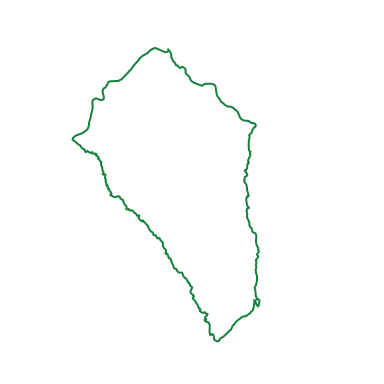 outline of Toledo, Antioquia, Colombia, rotated 335°
{"feature_id": "7082276B75943482080922", "entity_name": "Toledo", "entity_type": "district", "adm_level": 2, "iso_a3": "COL", "parent_name": "Colombia", "parent_adm1": "Antioquia", "projection": "robinson", "projection_center": [-75.717, 7.008], "detail": "fine", "context": "isolated", "style": "outline", "palette": "green", "viewbox_px": 384, "rotation_deg": 335, "n_neighbors": 0, "source": "geoboundaries", "source_scale": "gbopen_adm2", "svg_char_len": 6078}
<svg xmlns="http://www.w3.org/2000/svg" viewBox="0 0 384 384"><g transform="rotate(335 192 192)"><path d="M230.7,53.0L229.8,54.4L228.4,54.5L227.1,54.1L226.3,53.5L220.1,46.4L218.8,45.7L215.3,45.7L214.1,45.9L212.1,46.8L209.5,47.4L204.8,47.7L201.2,48.8L198.5,50.3L192.9,52.6L188.2,55.4L186.0,55.8L184.9,56.6L175.8,60.1L172.0,60.1L164.6,57.1L163.4,57.0L162.4,57.3L159.9,59.4L158.4,60.3L157.8,60.7L156.0,60.7L155.4,60.9L154.3,61.9L153.3,63.3L152.3,68.5L151.8,69.7L150.8,70.6L149.3,70.5L148.2,70.2L145.1,67.0L144.2,66.4L141.3,66.8L140.5,67.2L139.2,69.2L138.5,71.6L137.5,73.8L135.2,77.0L133.6,78.7L130.5,82.9L128.3,85.3L126.1,89.0L124.0,90.7L122.2,91.5L118.7,92.2L115.8,92.3L111.6,91.8L109.0,92.0L107.2,92.7L105.9,93.9L106.3,95.0L108.1,98.3L108.7,100.1L110.3,102.6L110.6,103.6L110.7,105.7L110.9,106.2L112.3,107.7L112.5,110.8L113.2,111.0L114.4,110.5L116.3,113.4L116.9,113.8L118.4,113.8L118.1,114.8L118.2,115.2L120.6,116.3L121.4,117.0L121.2,117.5L120.4,117.6L120.4,118.0L122.0,120.9L121.8,121.4L121.1,121.6L120.8,122.0L121.7,122.9L121.7,125.3L122.5,126.3L122.2,127.0L121.1,128.6L121.1,131.3L120.0,134.8L120.2,135.8L120.0,137.1L119.8,137.4L118.6,137.9L118.5,138.1L118.9,138.7L120.6,139.3L120.8,139.7L120.7,140.2L119.0,142.5L119.2,144.4L118.2,145.5L118.2,147.7L117.7,148.5L117.3,150.0L117.5,150.4L117.9,149.8L118.1,149.7L118.2,150.0L117.7,152.1L117.7,153.1L118.0,153.8L117.5,153.9L117.7,154.2L117.8,155.9L118.4,157.9L118.3,159.6L117.9,159.9L117.3,159.7L117.1,159.9L116.8,160.4L119.3,163.7L121.1,164.3L122.4,164.5L123.2,164.4L123.5,165.0L124.4,165.5L124.4,167.9L125.3,168.8L125.6,170.0L125.9,170.0L126.1,170.4L125.6,172.8L125.7,175.0L126.5,177.0L126.5,177.7L126.1,178.7L125.3,179.5L125.3,179.9L125.7,180.3L126.7,180.8L127.3,180.7L127.6,181.0L127.5,182.1L127.7,182.3L128.7,182.5L130.5,184.0L131.0,186.5L131.5,187.2L132.1,188.3L132.1,189.9L132.5,190.4L133.6,190.5L134.1,191.1L134.0,191.6L133.2,191.8L132.8,192.4L132.8,193.9L133.9,197.1L134.4,197.3L135.3,197.0L135.7,197.3L135.3,198.0L135.3,198.3L136.5,199.6L136.8,201.9L137.4,202.9L137.7,203.8L137.5,204.9L137.5,208.0L138.1,210.5L139.1,211.7L139.3,212.5L139.0,214.7L139.4,215.2L140.4,215.5L140.8,216.1L140.9,219.3L141.2,219.6L142.6,219.7L143.1,220.4L143.0,222.5L143.7,223.7L143.7,224.9L144.1,225.7L143.8,226.7L142.8,228.7L142.8,230.3L142.9,231.0L143.7,232.7L143.8,233.7L143.5,234.6L142.1,236.3L142.1,236.6L142.2,237.1L143.1,237.3L143.5,237.9L143.3,240.7L143.0,241.9L143.2,242.3L144.0,242.8L144.4,243.7L143.9,246.2L143.9,250.3L143.6,252.9L143.7,253.4L144.2,254.3L145.2,255.3L145.3,257.8L145.8,259.0L147.2,260.1L148.7,260.7L149.0,261.3L148.6,265.0L149.4,267.2L149.8,267.6L150.2,268.5L150.3,270.3L150.1,271.2L150.6,271.9L150.3,272.7L151.1,273.7L151.3,274.4L150.8,275.6L150.8,276.3L151.7,277.9L151.7,278.9L149.1,280.9L148.3,282.3L148.3,283.6L149.0,284.7L149.2,285.8L149.8,286.5L149.5,287.4L149.2,287.8L148.1,287.9L147.8,288.6L147.8,289.1L148.8,292.3L148.9,295.1L149.3,295.7L149.3,297.9L149.0,298.8L149.6,300.0L149.2,300.7L149.8,301.1L149.9,301.8L149.5,302.7L149.0,303.0L148.9,303.6L150.0,305.4L151.3,306.4L152.5,306.3L152.9,306.5L153.1,308.0L154.2,308.7L154.5,309.2L154.4,309.4L152.7,310.5L151.6,310.7L150.5,311.5L150.4,311.8L151.0,313.2L150.8,313.7L150.5,313.8L149.3,313.6L149.4,314.4L149.9,314.9L150.2,315.8L151.0,316.3L151.8,317.2L152.0,319.3L150.8,322.4L148.8,326.1L148.1,329.1L148.3,329.6L150.3,329.3L150.7,329.9L150.9,331.6L149.8,335.0L149.8,335.6L151.7,338.0L153.4,338.3L153.6,338.0L154.0,338.0L155.7,336.7L159.1,336.4L162.1,335.5L163.5,334.9L165.3,334.5L167.0,333.6L168.7,333.4L170.9,331.9L172.3,330.4L173.6,330.1L177.2,328.1L184.3,326.5L185.8,326.5L188.1,327.1L189.7,327.2L191.3,326.7L193.5,326.4L194.6,325.7L196.7,325.1L198.1,323.9L199.8,321.6L201.8,318.4L202.8,316.5L203.5,317.2L202.7,319.2L203.0,319.3L202.9,321.0L203.1,322.2L203.6,323.4L204.7,322.7L205.5,321.4L206.3,320.5L207.4,318.7L206.4,316.6L205.5,316.7L206.2,311.8L206.7,311.3L207.2,309.4L207.8,308.2L208.2,305.4L208.7,304.7L209.4,304.4L211.3,302.8L211.8,301.9L213.2,300.1L214.0,298.6L215.4,295.5L215.9,292.1L216.3,291.5L216.5,290.1L217.1,289.1L218.5,287.4L219.0,285.3L220.6,283.1L221.3,280.4L223.5,279.6L224.7,278.6L224.9,278.2L224.6,277.3L224.5,276.0L226.6,274.8L227.6,273.8L227.6,272.3L228.4,270.9L228.1,268.3L228.6,265.3L229.4,263.2L231.2,260.0L232.1,258.0L231.7,255.7L230.4,254.5L230.0,253.7L230.7,249.6L230.1,248.7L229.9,247.5L230.0,246.3L231.2,243.2L231.1,238.4L231.5,237.3L232.9,235.2L233.4,232.2L234.7,230.7L235.1,230.3L235.9,230.2L236.4,230.6L236.9,230.4L236.3,228.0L236.3,226.7L237.2,224.5L237.5,223.1L238.5,220.7L239.2,220.3L239.8,219.4L240.3,219.4L241.1,219.8L241.3,219.8L241.7,219.2L242.3,216.9L242.7,213.7L243.7,211.0L244.4,208.1L243.8,205.1L243.9,203.8L244.2,203.4L245.2,202.7L245.7,201.4L246.2,200.8L248.3,200.6L249.4,199.8L249.6,199.1L249.2,197.9L249.5,196.8L248.9,195.5L248.9,194.9L249.5,194.6L250.4,194.8L252.0,193.7L252.5,193.0L253.6,190.7L254.3,190.1L255.1,190.2L255.7,189.6L255.8,189.2L255.5,188.9L256.2,188.0L256.1,187.5L256.3,186.9L257.1,186.1L258.1,185.5L258.8,184.5L259.9,183.9L260.6,183.0L260.8,182.4L260.7,181.4L261.2,180.8L261.9,180.3L261.3,178.5L261.3,178.1L262.9,174.3L263.1,173.4L264.3,171.5L265.0,169.6L267.1,167.1L267.7,165.7L267.8,164.7L269.4,163.9L271.0,163.6L273.1,161.1L274.4,160.7L274.8,160.1L275.4,159.8L276.6,159.7L277.3,159.5L277.9,158.6L278.1,157.6L277.8,156.5L276.4,155.5L276.1,154.8L275.0,154.6L273.1,151.2L272.0,150.8L270.3,149.9L268.3,148.1L267.2,145.9L267.0,144.7L267.3,140.4L267.0,138.1L266.7,136.9L265.6,135.3L265.1,133.3L262.8,130.7L261.0,130.1L259.4,128.2L258.6,126.9L258.0,125.3L256.5,122.4L256.3,121.8L256.4,119.8L255.7,117.3L255.5,115.4L256.0,112.7L257.9,106.2L257.8,104.9L257.3,103.9L256.1,102.7L254.0,101.4L250.1,99.7L248.5,99.4L246.7,100.0L245.8,99.8L240.2,94.1L239.3,92.9L238.3,90.8L238.1,89.6L238.3,86.6L238.0,85.5L236.8,83.0L236.6,81.3L236.8,80.4L237.9,78.7L237.8,77.0L236.7,75.2L235.9,74.5L235.3,74.3L233.9,74.6L233.3,74.2L232.9,73.6L232.4,71.3L231.5,70.8L231.1,70.3L231.2,68.1L230.0,64.7L230.4,63.1L230.2,61.1L231.5,58.0L231.4,55.7L231.0,53.8L230.7,53.0Z" fill="none" stroke="#15803d" stroke-width="2"/></g></svg>